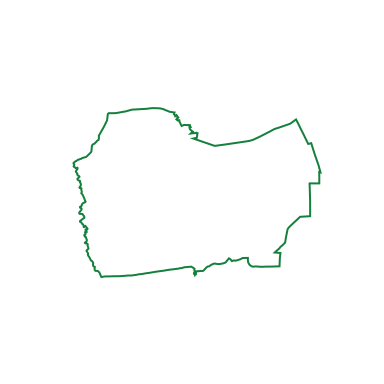 Burla, Suceava, Romania (orthographic projection), rotated 43°
{"feature_id": "2599482B88852638453630", "entity_name": "Burla", "entity_type": "district", "adm_level": 2, "iso_a3": "ROU", "parent_name": "Romania", "parent_adm1": "Suceava", "projection": "orthographic", "projection_center": [25.922, 47.785], "detail": "fine", "context": "isolated", "style": "outline", "palette": "green", "viewbox_px": 384, "rotation_deg": 43, "n_neighbors": 0, "source": "geoboundaries", "source_scale": "gbopen_adm2", "svg_char_len": 5897}
<svg xmlns="http://www.w3.org/2000/svg" viewBox="0 0 384 384"><g transform="rotate(43 192 192)"><path d="M205.2,293.8L205.9,292.8L207.3,291.2L208.5,289.6L208.6,289.4L209.7,287.7L210.3,287.4L211.7,285.6L212.7,284.3L213.7,282.9L214.8,281.6L215.8,280.4L217.4,278.3L219.3,275.8L221.2,273.4L223.3,270.9L225.4,268.3L226.8,266.4L228.6,264.1L230.5,261.9L232.4,259.6L233.2,258.6L233.7,258.1L234.1,257.6L234.5,257.0L234.8,256.6L235.2,255.8L235.8,255.4L236.4,254.7L236.6,254.4L236.7,253.9L237.1,253.3L237.7,252.4L237.9,252.1L238.1,251.8L238.8,251.1L239.4,250.5L239.9,249.8L240.3,249.4L241.0,248.7L241.6,248.0L242.0,247.4L242.4,247.1L244.1,246.7L246.2,246.4L246.9,247.5L247.5,247.8L248.0,248.1L248.4,248.3L248.8,248.6L248.9,248.9L248.6,249.4L248.7,250.0L249.4,250.5L249.9,250.5L250.2,250.5L250.8,250.8L250.7,250.2L251.0,249.8L251.0,249.4L250.3,248.9L249.9,248.3L249.7,247.6L249.1,247.2L251.1,245.1L252.2,243.8L252.9,243.3L253.4,242.8L253.9,242.1L254.0,241.6L254.0,238.9L254.0,237.4L254.2,236.0L255.2,234.7L255.5,233.2L255.9,231.6L257.2,229.0L259.8,227.3L261.5,225.7L263.5,222.9L264.4,221.2L264.6,220.0L264.4,218.0L264.3,215.3L265.4,215.0L266.6,215.1L268.4,215.3L269.3,213.4L270.7,212.6L272.0,210.4L273.2,208.2L274.1,205.7L277.8,202.1L278.6,203.0L279.5,203.9L280.3,204.5L281.0,205.1L281.8,205.4L282.4,205.6L283.4,205.9L284.1,206.0L285.0,205.8L285.6,205.8L286.7,205.5L287.8,204.8L288.4,204.0L289.3,203.0L290.4,202.1L293.9,199.3L296.1,197.0L298.8,194.4L301.1,192.3L304.4,188.9L306.7,186.7L300.9,179.9L298.3,176.3L293.8,179.8L294.0,176.6L294.4,173.7L294.1,172.0L294.5,169.3L294.6,165.5L293.6,164.0L291.2,160.4L289.2,157.1L287.7,154.7L287.3,154.0L287.0,152.1L287.1,149.0L288.0,136.4L293.5,130.6L294.9,129.1L287.4,121.1L284.7,118.2L276.0,109.4L273.7,107.1L272.2,105.7L272.2,105.4L275.8,102.1L279.2,98.9L275.7,95.1L271.5,90.7L272.0,90.5L272.7,90.1L266.4,86.2L256.0,80.7L245.9,75.0L245.1,76.3L244.2,77.6L233.8,73.6L229.1,71.9L222.6,69.4L218.9,68.1L218.6,68.0L217.4,74.4L217.2,75.2L214.7,79.9L211.2,86.5L209.4,89.6L207.6,94.9L203.9,105.2L201.1,112.1L200.3,113.5L199.1,115.5L196.6,118.7L190.6,126.2L184.6,133.7L179.8,139.6L177.5,142.4L176.7,143.0L169.3,146.3L159.7,150.6L156.5,152.0L158.5,149.1L156.0,145.3L155.3,146.0L154.9,145.7L151.2,150.1L151.4,147.3L151.0,147.4L149.7,147.5L148.4,147.5L147.6,147.4L147.1,147.1L146.3,146.7L145.7,146.1L146.5,145.4L146.0,145.2L145.4,144.9L144.7,144.5L142.9,146.3L140.3,148.5L139.6,150.4L139.4,150.8L137.5,150.1L136.6,149.7L135.4,149.3L134.5,148.9L134.2,148.4L133.9,148.2L133.7,148.6L133.3,149.1L132.9,149.4L132.3,149.5L131.2,149.5L131.5,148.3L130.8,148.2L130.9,147.8L131.0,146.8L129.5,146.7L128.9,146.4L128.2,146.3L128.0,148.0L127.3,147.6L126.5,147.4L125.7,147.4L125.0,145.8L121.3,148.3L120.5,148.8L118.6,149.4L116.4,150.4L115.9,150.5L114.8,150.8L113.0,151.8L111.8,152.5L109.7,154.2L106.9,156.7L105.8,157.7L104.1,159.6L102.0,162.2L101.2,163.0L95.1,169.4L92.0,172.6L88.5,178.3L86.6,180.8L82.4,186.4L77.3,191.2L77.3,192.4L81.0,197.5L83.0,204.0L85.5,214.4L86.8,215.7L88.1,217.4L87.8,219.0L87.7,219.4L87.8,220.8L87.7,221.4L87.7,222.8L87.7,223.3L87.3,224.0L87.0,225.3L87.1,225.7L87.5,226.5L87.9,227.3L88.6,228.1L88.8,228.5L89.1,228.9L89.9,229.7L90.9,231.3L91.0,232.3L90.9,235.2L90.8,237.1L90.7,238.2L90.5,238.9L90.0,239.6L89.0,241.4L88.6,242.0L88.4,242.8L88.4,243.1L88.3,243.3L87.9,243.8L87.6,244.4L87.3,245.1L86.8,246.1L86.6,246.2L86.6,246.6L86.4,247.4L86.1,248.5L85.8,249.0L85.8,249.7L85.7,250.1L85.7,250.4L85.6,250.7L85.5,251.4L86.0,251.9L86.1,252.1L86.5,252.1L86.9,252.1L87.2,252.2L87.5,252.7L87.8,253.5L88.0,254.0L88.6,254.1L89.0,254.0L89.5,253.8L89.9,253.7L90.4,253.9L90.8,253.8L91.1,253.4L91.5,252.8L91.7,252.4L92.0,252.5L92.2,252.8L92.6,253.5L92.6,254.2L92.8,255.5L93.0,256.2L93.5,256.4L94.2,256.6L95.4,256.8L95.9,257.0L96.3,257.6L97.2,257.7L97.7,257.6L98.8,257.4L99.3,257.6L99.4,257.9L99.4,258.1L99.3,259.1L99.2,260.4L99.4,260.7L99.9,261.0L100.6,261.0L101.3,260.8L102.2,260.4L102.7,260.3L102.9,260.5L103.4,261.3L104.0,261.4L104.8,261.7L105.8,262.4L106.2,263.1L106.6,265.2L106.8,265.6L107.1,265.6L107.3,265.3L107.7,265.0L108.1,264.8L108.7,264.8L108.9,265.0L109.0,265.5L109.6,265.9L109.8,266.0L111.4,267.1L111.7,267.8L111.9,268.4L113.4,268.5L115.6,269.3L117.2,270.0L119.0,270.9L120.7,271.6L120.9,272.2L120.8,272.5L120.3,273.4L119.9,274.6L119.9,275.5L120.0,276.2L120.6,277.3L120.7,277.8L120.5,278.4L120.3,279.4L120.5,279.6L120.9,279.8L121.4,279.7L122.0,279.4L122.6,279.5L123.1,280.0L123.3,280.9L123.4,282.6L123.5,283.6L123.9,284.4L124.3,284.6L124.9,284.5L125.4,284.0L126.2,283.4L126.7,282.9L127.5,282.9L128.3,283.1L128.8,283.3L129.4,283.2L130.0,283.5L130.6,283.9L130.9,284.5L130.7,284.9L130.5,286.1L129.9,289.6L130.1,289.9L130.4,290.1L130.9,289.9L131.5,289.8L132.2,289.8L133.0,290.2L133.9,290.2L134.5,290.0L135.4,290.3L136.1,291.0L136.6,291.4L137.0,291.3L137.0,290.6L137.2,289.6L137.9,289.6L139.6,289.9L140.6,290.1L140.9,290.6L140.9,290.9L140.4,291.3L139.8,292.0L140.0,292.4L141.2,292.7L142.1,292.9L142.3,293.2L142.1,293.6L141.2,294.1L141.3,294.4L141.5,294.6L142.1,295.0L142.8,295.4L143.0,295.9L143.0,296.4L142.6,296.8L142.6,297.0L142.8,297.2L143.5,297.4L144.0,297.6L144.5,297.6L144.8,297.3L145.3,297.5L145.7,297.7L146.5,298.2L147.9,298.8L148.4,299.6L148.5,300.5L148.2,302.1L148.5,302.3L148.9,302.3L149.2,302.2L149.7,301.5L150.5,301.2L151.0,301.2L151.6,301.5L151.7,301.9L152.0,302.3L152.4,302.6L153.3,303.0L154.8,303.9L155.0,304.3L154.9,304.9L154.7,306.1L154.8,306.7L155.2,307.1L156.0,307.2L157.1,307.5L158.0,307.9L158.4,308.3L158.6,308.9L159.7,309.4L160.6,309.5L161.5,309.7L163.6,310.6L165.3,311.0L166.1,310.7L167.2,310.9L168.4,311.5L168.8,312.3L170.0,313.4L170.6,313.5L171.1,313.4L171.8,313.0L172.3,313.3L172.7,314.1L173.7,315.2L174.7,315.5L175.3,315.4L176.3,314.5L177.1,314.0L178.0,314.0L179.3,314.1L180.6,314.7L183.7,316.0L186.1,312.9L189.0,310.2L191.8,307.4L196.6,302.8L200.5,298.6L202.0,296.9L205.1,293.9L205.2,293.8Z" fill="none" stroke="#15803d" stroke-width="2"/></g></svg>